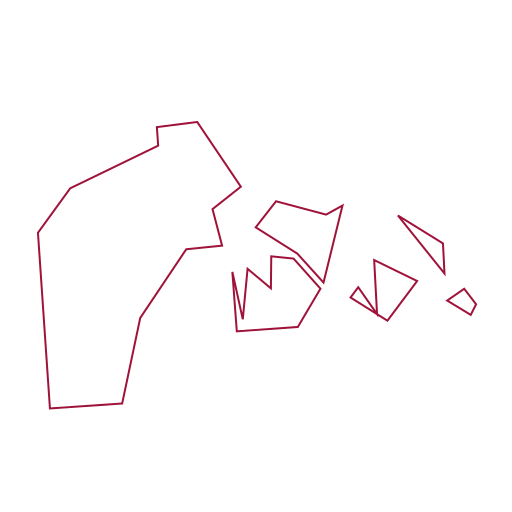 outline of Northwest Territories, rotated 86°
{"feature_id": "CAN-635", "entity_name": "Northwest Territories", "entity_type": "Territory", "adm_level": 1, "iso_a3": "CAN", "parent_name": "Canada", "parent_adm1": "", "projection": "mercator", "projection_center": [-123.126, 69.383], "detail": "coarse", "context": "isolated", "style": "outline", "palette": "rose", "viewbox_px": 512, "rotation_deg": 86, "n_neighbors": 0, "source": "natural_earth", "source_scale": "10m", "svg_char_len": 713}
<svg xmlns="http://www.w3.org/2000/svg" viewBox="0 0 512 512"><g transform="rotate(86 256 256)"><path d="M118.2,305.3L185.8,266.3L206.2,296.1L243.3,289.1L244.4,325.1L309.7,375.8L393.8,399.8L393.7,472.2L217.6,471.9L175.5,436.6L139.1,345.9L120.5,345.9L118.2,305.3ZM329.8,280.4L270.2,280.7L318.2,273.6L268.2,265.3L289.3,243.4L257.4,240.8L261.2,218.7L293.1,194.0L329.7,219.2L329.8,280.4ZM287.2,190.5L256.5,214.6L227.4,254.3L202.8,232.2L219.6,183.2L211.7,166.2L287.2,190.5ZM329.7,129.4L304.0,164.6L294.3,156.2L322.4,139.3L268.3,138.4L292.2,97.0L329.7,129.4ZM286.6,69.2L225.5,111.6L256.5,68.6L286.6,69.2ZM329.7,45.9L313.8,68.4L303.2,50.6L319.5,39.8L329.7,45.9Z" fill="none" stroke="#9f1239" stroke-width="2"/></g></svg>